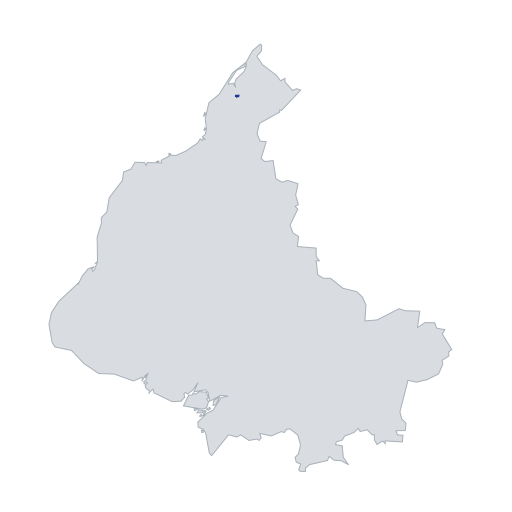 Carlos Barbosa, Rio Grande do Sul, Brazil shown in context, rotated 184°
{"feature_id": "56859067B11809989426200", "entity_name": "Carlos Barbosa", "entity_type": "district", "adm_level": 2, "iso_a3": "BRA", "parent_name": "Brazil", "parent_adm1": "Rio Grande do Sul", "projection": "mercator", "projection_center": [-51.517, -29.318], "detail": "fine", "context": "in_parent", "style": "filled", "palette": "blue", "viewbox_px": 512, "rotation_deg": 184, "n_neighbors": 0, "source": "geoboundaries", "source_scale": "gbopen_adm2", "svg_char_len": 4146}
<svg xmlns="http://www.w3.org/2000/svg" viewBox="0 0 512 512"><g transform="rotate(184 256 256)"><path d="M127.6,85.7L133.0,90.4L139.9,88.2L142.0,91.2L145.8,86.9L155.1,82.5L157.1,78.4L163.0,76.1L163.5,73.5L156.7,72.5L154.9,61.3L149.1,54.2L157.0,57.8L164.0,57.7L169.0,61.3L170.5,56.9L188.1,51.6L191.9,47.9L191.7,44.5L196.9,44.3L198.5,45.9L196.9,51.6L201.4,53.1L203.0,57.8L199.9,61.3L198.4,70.6L201.8,80.3L210.1,85.9L213.7,85.1L215.5,81.9L218.6,82.6L228.0,77.6L239.9,79.2L238.1,75.0L240.0,72.3L242.3,73.5L250.1,71.5L258.8,76.5L262.5,74.0L270.8,75.8L286.3,53.8L288.8,56.1L294.0,76.3L296.6,79.5L301.8,81.2L302.4,86.3L293.6,96.0L288.1,99.2L280.9,112.4L273.9,114.3L281.3,114.6L292.1,107.9L294.2,116.4L297.2,119.0L308.4,116.1L305.1,125.7L309.5,118.0L314.6,113.6L317.2,114.9L318.3,113.6L317.3,110.1L320.7,105.9L329.5,104.9L348.1,112.3L349.4,116.0L352.0,113.4L356.4,116.3L357.6,119.4L355.3,121.6L356.3,122.7L358.6,120.6L359.2,122.7L357.1,124.8L355.7,131.3L358.6,128.6L360.8,123.7L361.1,127.2L369.5,122.8L389.1,128.3L404.7,127.8L420.0,136.6L433.4,148.9L450.1,151.2L453.4,155.7L457.8,173.5L456.1,185.2L449.6,197.0L431.5,216.5L431.5,214.9L428.1,223.8L422.4,231.7L419.8,232.8L417.8,229.3L416.1,231.1L413.7,239.5L415.8,263.8L412.5,277.9L413.0,283.5L407.9,289.5L406.5,303.8L394.5,322.1L394.0,330.6L386.7,334.0L383.3,341.1L373.8,341.4L371.8,338.7L371.1,341.6L356.6,342.3L357.3,344.8L348.0,350.7L342.8,350.7L333.6,355.6L322.0,364.7L319.8,369.0L317.8,367.4L317.0,369.3L314.4,368.5L317.8,371.1L315.1,373.9L314.2,378.8L316.2,389.4L313.7,405.5L304.0,414.8L291.9,437.4L280.3,447.8L280.1,444.3L288.2,440.0L295.3,427.6L295.5,425.4L290.8,426.7L288.0,422.8L289.4,426.7L288.1,431.3L281.0,438.9L278.8,445.0L279.4,448.4L274.0,460.3L266.6,467.7L265.0,466.6L265.0,460.7L269.2,455.3L262.6,447.1L248.1,437.6L243.7,432.5L239.5,435.2L239.1,431.6L231.0,423.6L227.1,425.7L223.0,424.6L240.7,403.1L242.8,403.2L242.4,401.2L261.8,388.6L263.5,378.3L260.0,370.9L253.8,370.8L257.7,353.5L253.7,350.8L245.6,352.4L241.6,334.5L235.0,331.4L229.9,333.6L219.1,331.1L220.7,319.5L217.3,310.3L220.4,308.3L217.6,305.7L224.2,289.1L220.7,281.5L214.9,278.5L215.4,268.3L196.6,268.1L195.9,259.6L192.4,255.6L195.6,255.5L193.2,241.7L187.3,238.5L180.0,238.9L166.8,229.8L152.9,227.4L147.0,222.5L142.9,214.8L142.8,198.8L130.7,200.7L109.6,213.4L103.4,211.8L88.8,212.4L89.9,195.9L82.7,201.4L73.0,201.8L70.9,196.7L62.4,195.6L64.8,191.3L54.2,176.3L57.1,173.8L56.7,169.6L63.1,165.0L62.1,161.2L65.7,151.1L76.4,144.7L87.2,141.3L95.7,142.6L101.6,110.6L99.2,103.5L94.7,99.7L94.9,92.3L104.1,91.5L102.5,87.5L96.9,87.4L97.0,80.7L114.2,80.6L114.0,77.8L116.7,80.3L122.2,76.5L125.1,80.8L125.5,86.1L127.6,85.7ZM298.8,99.5L317.9,101.4L313.4,112.6L309.9,112.8L309.2,114.8L306.4,113.9L303.3,116.7L296.1,116.7L293.5,111.1L295.4,109.7L293.1,107.6L294.7,101.1L298.8,99.5ZM282.5,113.1L285.4,105.0L288.4,103.9L288.2,108.8L282.5,113.1ZM304.0,95.5L302.2,98.5L297.8,97.8L298.5,95.9L304.0,95.5ZM297.5,92.2L296.8,98.4L294.9,97.7L297.5,92.2ZM307.1,99.5L304.3,99.8L303.1,99.3L306.5,97.4L307.1,99.5ZM294.6,99.6L291.8,101.7L290.7,100.6L292.7,98.8L294.6,99.6ZM299.8,94.2L298.4,93.0L300.7,91.7L300.9,92.9L299.8,94.2ZM298.3,78.3L296.6,78.6L296.3,76.4L297.8,76.2L298.3,78.3ZM316.9,396.1L316.4,393.8L317.7,391.8L318.0,392.4L316.9,396.1ZM349.7,349.9L350.1,352.3L348.2,351.8L349.7,349.9ZM315.9,380.3L315.1,379.0L316.4,377.6L316.8,378.2L315.9,380.3ZM358.1,127.3L357.0,129.6L358.2,126.3L358.1,127.3ZM418.7,233.2L416.8,233.9L418.0,232.0L418.7,233.2ZM361.8,343.3L359.8,344.1L359.4,343.7L360.6,342.6L361.8,343.3ZM415.6,237.5L414.8,238.8L414.4,238.0L415.6,237.5ZM353.0,111.3L353.2,112.6L352.6,112.4L353.0,111.3Z" fill="#d9dde1" stroke="#a8b0b8" stroke-width="1"/><path d="M287.4,414.4L287.4,414.1L287.4,413.9L287.1,413.9L286.8,413.9L286.7,413.9L286.5,413.7L286.3,413.7L286.2,413.5L286.0,413.8L285.9,413.8L285.7,413.8L285.4,413.8L285.4,414.0L285.1,414.0L284.9,414.0L284.6,414.0L284.5,414.3L284.4,414.4L284.4,414.6L284.4,414.9L284.7,414.9L284.8,415.0L285.0,414.9L285.1,415.0L285.3,414.9L285.3,414.7L285.5,414.7L285.8,414.6L286.0,414.7L286.3,414.7L286.5,414.7L287.0,414.7L287.4,414.7L287.4,414.4Z" fill="#3b82f6" stroke="#1e3a8a" stroke-width="1.5"/></g></svg>